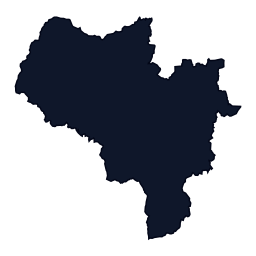 Befotaka, Atsimo-Atsinanana, Madagascar
{"feature_id": "10022922B11101019287712", "entity_name": "Befotaka", "entity_type": "district", "adm_level": 2, "iso_a3": "MDG", "parent_name": "Madagascar", "parent_adm1": "Atsimo-Atsinanana", "projection": "robinson", "projection_center": [46.959, -23.944], "detail": "fine", "context": "isolated", "style": "filled", "palette": "ink", "viewbox_px": 256, "rotation_deg": 0, "n_neighbors": 0, "source": "geoboundaries", "source_scale": "gbopen_adm2", "svg_char_len": 5749}
<svg xmlns="http://www.w3.org/2000/svg" viewBox="0 0 256 256"><path d="M44.5,24.3L44.1,26.3L43.1,27.0L42.3,28.1L41.8,29.0L41.5,30.6L40.2,32.4L40.5,34.5L39.5,37.3L39.2,39.8L38.3,40.5L35.1,40.3L33.6,42.0L31.9,42.8L30.3,46.4L30.3,48.3L29.5,49.9L29.6,50.5L30.2,51.1L30.3,52.7L29.4,54.4L27.1,56.1L26.9,57.3L27.3,58.4L27.0,59.3L24.9,60.8L22.8,61.4L22.2,62.7L20.5,64.0L20.3,66.2L21.5,69.0L21.8,71.4L20.2,72.9L18.5,75.6L18.1,79.3L17.2,80.5L15.4,86.3L15.7,87.8L15.8,91.0L16.3,92.6L19.6,93.7L20.3,92.8L21.5,92.1L23.3,92.4L24.4,92.2L25.4,93.8L28.9,97.6L28.6,98.2L28.6,99.9L27.9,101.2L29.4,102.0L30.7,102.2L33.2,104.1L35.2,103.9L37.3,104.1L37.8,105.0L37.9,106.5L40.0,107.3L41.5,110.4L42.3,111.1L43.6,111.5L43.9,113.3L44.7,113.9L45.7,116.2L45.0,119.0L44.5,119.8L45.1,120.3L45.1,120.9L46.0,122.0L47.2,121.7L49.0,120.5L50.6,120.8L50.8,121.4L50.4,122.9L51.0,124.2L52.6,126.1L54.9,126.5L55.6,126.2L56.5,125.2L57.4,125.4L60.4,125.2L62.0,125.5L62.7,125.0L64.1,125.1L66.6,122.4L68.4,124.8L67.8,126.7L68.0,127.3L68.5,127.5L70.4,127.2L71.2,128.2L71.7,128.5L73.4,128.4L74.1,127.9L76.0,128.3L76.2,128.9L76.1,129.7L77.3,131.6L78.1,129.9L78.8,131.3L78.4,133.0L81.2,135.6L82.2,136.1L82.2,135.2L82.5,134.7L84.3,134.0L85.1,134.1L85.3,136.2L86.7,135.7L89.3,137.2L88.9,138.3L88.8,139.8L89.1,141.2L90.6,139.4L92.2,139.0L93.5,138.1L94.1,138.5L94.3,142.1L95.8,141.6L97.6,141.8L98.6,142.3L99.7,143.7L103.1,145.6L103.0,147.3L101.6,148.8L101.3,151.8L99.9,154.8L100.4,155.7L101.1,156.1L102.3,158.3L104.0,159.1L104.7,159.9L105.3,161.7L104.8,163.8L106.3,170.2L107.0,171.5L107.6,175.7L106.7,179.2L111.0,181.2L115.0,179.5L117.0,180.7L118.8,181.0L120.7,183.1L121.4,182.7L122.2,183.0L123.9,181.7L125.8,181.7L128.2,179.8L129.4,179.5L130.0,178.9L131.8,178.8L132.6,178.2L133.1,178.2L135.0,179.9L137.2,181.2L138.6,181.0L139.5,181.3L140.4,183.6L143.2,187.8L143.9,190.2L144.8,191.4L144.7,192.2L146.1,193.7L146.7,194.1L147.7,195.8L146.3,201.9L146.0,205.2L145.4,206.7L145.0,211.7L146.1,213.5L147.3,214.8L149.2,216.1L147.8,218.3L147.8,219.3L146.6,222.3L147.5,224.0L147.5,225.4L148.3,226.9L147.8,228.8L148.1,231.3L148.0,233.1L148.7,236.1L148.8,238.8L149.8,238.1L152.4,238.2L154.4,237.4L159.8,236.6L162.0,236.7L163.3,235.8L165.0,235.2L166.4,233.0L168.6,233.1L169.5,233.6L171.1,233.8L173.3,233.1L174.3,231.0L175.5,231.3L177.1,229.4L179.2,227.9L179.7,227.1L180.0,226.3L180.2,222.8L181.2,219.5L183.2,220.3L184.0,217.7L184.6,217.0L185.3,216.8L185.8,215.7L186.2,215.6L187.4,216.6L188.0,216.6L189.3,215.8L189.9,214.2L189.1,210.1L189.2,209.1L188.5,206.9L188.8,206.4L190.2,206.2L190.7,203.0L189.3,200.5L189.5,198.4L185.6,193.2L182.8,191.8L181.9,188.1L183.6,183.1L185.3,181.7L185.3,179.7L185.5,178.9L186.4,177.8L191.1,175.8L192.7,172.6L193.3,172.8L195.3,175.2L197.6,175.3L198.1,175.0L198.7,173.7L199.2,173.2L201.8,174.0L202.1,171.2L202.5,170.5L206.2,170.1L207.5,171.0L207.8,172.3L208.2,171.5L208.2,170.3L209.4,170.0L209.8,168.5L211.1,168.6L211.5,169.2L212.3,168.4L209.8,165.1L210.1,162.6L209.3,161.4L209.1,160.5L211.2,161.0L213.6,159.5L214.1,158.3L214.1,156.3L214.9,155.2L213.0,153.7L212.5,152.4L211.6,151.8L211.5,151.0L210.4,150.0L210.8,143.3L210.3,142.7L209.2,142.1L208.6,141.1L209.4,139.9L212.5,137.9L211.4,136.3L211.1,135.1L212.1,133.1L213.6,131.1L212.7,128.8L212.9,128.2L213.9,127.6L213.0,126.6L213.4,124.3L212.9,123.6L212.8,122.7L213.3,122.3L214.7,122.3L215.9,121.1L215.9,119.7L216.3,119.0L216.1,118.0L216.9,117.2L216.1,116.1L216.0,114.5L215.6,113.5L217.2,112.4L217.4,111.1L217.8,110.7L219.2,111.9L220.0,113.0L221.1,113.6L221.2,115.0L221.6,115.6L223.4,115.8L224.0,116.4L224.7,116.2L225.4,115.3L226.8,114.8L227.1,114.0L229.7,116.0L231.0,116.0L236.2,113.6L237.9,110.4L240.6,106.9L240.6,106.4L232.3,106.1L229.6,103.9L228.4,104.5L228.0,100.8L227.5,100.3L227.1,99.2L227.2,97.5L226.8,96.9L226.5,94.9L225.4,91.4L224.0,91.1L222.1,91.6L221.1,90.7L218.6,90.5L218.3,89.7L218.2,88.9L218.5,88.3L218.1,87.1L218.0,85.6L217.3,85.2L216.8,84.4L216.8,83.2L216.3,82.2L216.6,81.4L217.9,80.5L218.3,78.8L218.2,77.7L218.7,75.8L218.2,75.2L218.1,74.6L218.4,73.0L218.0,71.9L218.3,69.5L218.8,68.4L222.2,67.6L223.8,66.7L223.7,63.1L223.9,60.4L221.8,59.1L220.9,59.1L215.0,60.4L210.6,60.6L209.6,60.3L208.8,58.9L207.9,59.7L207.9,62.3L206.4,65.0L206.3,66.0L204.0,65.7L202.2,64.3L200.0,64.9L199.6,64.6L199.6,63.5L198.0,63.2L196.2,64.0L195.9,66.3L193.6,67.0L192.6,66.1L192.7,64.8L192.0,64.0L190.9,60.1L189.7,59.9L187.2,60.3L185.9,59.7L183.0,59.7L182.7,60.1L182.8,62.4L181.9,64.0L181.7,66.1L175.0,66.7L175.1,70.9L174.8,72.2L171.9,74.9L171.6,76.4L169.4,77.5L169.1,79.7L167.6,79.8L166.6,78.8L164.2,79.1L163.0,78.1L161.2,77.9L157.3,75.0L157.2,74.4L159.9,70.8L160.4,69.5L160.2,68.4L158.9,67.6L157.1,65.1L152.8,62.8L152.2,62.9L151.3,64.1L150.8,64.1L150.0,63.5L148.3,63.6L148.5,62.8L149.9,61.9L150.7,60.5L152.2,56.8L152.2,55.5L152.6,53.7L154.0,53.1L154.0,50.1L154.9,46.4L154.8,45.6L154.3,45.2L149.5,44.8L148.3,43.9L148.1,43.0L148.1,42.0L149.5,41.1L148.7,39.5L148.6,36.3L149.1,35.9L150.5,36.0L151.1,34.5L150.7,32.4L151.0,31.3L150.7,29.9L149.8,28.1L150.0,27.0L148.8,26.2L149.1,25.1L151.8,20.8L151.9,19.2L151.6,18.3L150.4,18.8L149.4,18.5L148.6,19.2L147.1,19.0L145.9,18.3L145.3,18.9L145.3,19.8L143.8,18.9L140.9,20.1L140.1,19.3L140.1,18.1L139.7,17.4L139.1,18.0L137.2,21.7L134.9,22.3L134.7,23.9L134.2,24.5L132.5,24.7L130.0,26.4L128.3,26.8L126.5,26.8L125.0,26.4L124.4,26.6L122.4,28.6L122.2,30.7L121.6,31.4L119.2,32.0L117.0,31.8L116.0,31.3L113.5,33.6L107.3,34.7L106.6,35.9L105.5,36.6L104.0,38.9L102.3,39.8L100.9,39.2L100.0,37.1L99.0,36.4L96.5,36.6L94.6,35.5L93.1,36.1L88.2,35.9L86.7,34.4L84.1,33.5L80.8,30.7L80.0,27.8L78.7,28.6L77.7,28.7L72.9,26.6L72.1,25.4L69.9,19.9L69.0,19.4L66.1,19.4L63.7,18.5L60.7,18.4L56.7,17.2L54.5,17.2L53.7,17.5L51.6,19.1L49.0,19.8L48.0,22.3L45.6,22.7L45.3,23.7L44.5,24.3Z" fill="#0f172a" stroke="#020617" stroke-width="1.5"/></svg>